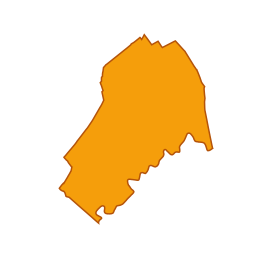 Vladesti, Galati, Romania (Mercator projection), rotated 54°
{"feature_id": "2599482B37286329555394", "entity_name": "Vladesti", "entity_type": "district", "adm_level": 2, "iso_a3": "ROU", "parent_name": "Romania", "parent_adm1": "Galati", "projection": "mercator", "projection_center": [28.094, 45.834], "detail": "fine", "context": "isolated", "style": "filled", "palette": "amber", "viewbox_px": 256, "rotation_deg": 54, "n_neighbors": 0, "source": "geoboundaries", "source_scale": "gbopen_adm2", "svg_char_len": 5212}
<svg xmlns="http://www.w3.org/2000/svg" viewBox="0 0 256 256"><g transform="rotate(54 128 128)"><path d="M187.6,207.7L187.4,207.6L187.1,207.3L186.8,207.0L186.2,206.1L186.0,205.7L185.9,205.2L185.8,204.7L185.8,204.0L185.7,202.9L185.5,202.4L184.9,202.2L184.4,202.3L183.4,202.7L182.5,203.2L181.6,203.6L180.6,204.1L179.5,204.4L178.2,204.2L177.5,203.6L177.2,203.2L176.9,202.7L176.5,201.9L176.4,201.2L176.1,200.1L175.9,199.0L175.8,198.0L175.6,196.9L175.6,195.8L175.7,195.3L176.0,194.3L176.4,193.9L176.8,193.6L177.3,193.4L177.8,193.3L178.3,193.5L179.2,194.0L180.0,194.7L180.7,195.4L181.5,196.1L182.0,196.3L182.5,196.5L183.0,196.5L183.5,196.4L184.0,196.2L184.4,195.9L185.2,195.2L185.8,194.4L186.8,193.1L187.3,192.2L187.6,191.7L187.9,190.7L188.0,190.2L187.8,189.6L187.6,189.2L187.4,188.8L186.8,187.9L186.5,187.5L186.1,186.5L185.7,185.6L185.2,184.7L184.7,183.7L184.5,183.2L184.6,182.7L184.7,182.2L184.9,181.7L185.4,180.8L185.8,179.8L186.0,179.3L186.2,178.2L186.3,177.7L186.4,177.2L186.3,176.1L186.2,175.6L186.1,175.1L185.9,174.0L185.7,173.1L185.5,172.0L185.2,171.0L184.8,169.0L184.6,167.5L184.4,166.5L184.4,166.0L184.0,164.4L184.0,163.5L183.8,162.6L183.6,161.7L183.1,160.8L182.7,160.6L182.2,160.6L181.7,160.6L180.8,160.8L179.8,161.1L178.8,161.2L177.9,161.2L177.4,161.1L176.4,161.1L175.4,161.1L174.4,161.2L173.9,161.0L173.0,160.8L172.5,160.6L171.6,160.1L170.8,159.7L170.4,159.4L169.9,158.8L169.8,158.1L169.9,157.6L170.1,157.2L170.4,156.8L171.1,156.0L171.4,155.7L171.8,155.3L172.4,154.6L174.1,152.8L174.8,152.1L175.8,151.1L176.0,150.7L176.3,150.2L176.3,149.8L176.1,149.3L175.8,149.0L175.2,148.2L174.6,147.5L173.9,146.8L172.6,145.4L172.3,145.0L172.1,144.6L171.9,144.1L172.2,143.1L172.7,142.4L173.1,142.0L173.6,141.8L174.8,140.9L175.0,140.6L175.0,140.1L174.8,139.1L174.5,138.2L174.3,137.7L174.1,137.3L173.6,136.4L173.1,135.7L172.5,134.9L171.8,134.1L171.3,133.3L171.3,132.4L171.7,131.5L172.5,130.8L172.9,130.6L173.7,130.1L174.6,129.6L174.9,129.3L175.4,128.9L175.6,128.4L175.7,127.9L175.8,127.4L175.8,126.3L175.6,125.8L175.0,124.4L174.7,124.0L174.3,123.6L173.7,122.9L173.0,122.0L172.8,121.6L172.6,121.0L172.4,120.0L172.2,119.0L172.0,117.9L171.9,117.4L171.7,116.5L171.5,116.0L171.3,115.6L170.9,115.1L170.3,114.4L169.8,114.1L169.3,113.9L168.9,113.7L168.4,113.5L167.6,112.8L167.0,111.7L167.0,111.3L167.1,110.8L167.4,110.4L167.8,110.2L168.4,110.0L169.4,110.0L171.4,109.6L173.5,109.3L174.9,108.8L175.3,108.4L175.6,108.0L175.8,107.5L175.8,106.5L175.7,106.0L175.6,105.5L175.4,104.5L175.6,103.5L175.8,103.0L176.1,102.6L176.8,101.8L177.5,101.0L177.7,100.5L177.5,100.1L177.1,99.7L176.7,99.4L175.8,98.8L174.9,98.3L174.0,97.8L173.6,97.5L173.0,96.5L172.6,95.6L172.1,93.5L171.7,91.6L171.6,91.2L171.3,90.3L171.0,89.6L170.5,88.7L170.0,87.8L169.3,86.6L168.6,85.5L168.1,84.6L167.6,83.8L167.5,83.3L167.5,82.8L167.6,82.3L167.9,81.8L168.2,81.4L168.7,81.1L169.4,80.8L170.3,80.7L171.4,80.6L172.1,80.6L173.1,80.6L174.1,80.7L175.0,80.9L175.9,81.2L177.2,81.4L177.6,81.5L178.0,81.4L178.5,81.2L179.0,80.9L179.5,80.4L180.0,79.9L180.5,79.3L180.9,79.1L181.7,78.0L182.4,77.3L183.0,76.6L183.7,76.0L184.1,75.7L184.7,75.4L185.2,75.2L185.8,75.2L186.5,75.2L187.2,75.3L187.7,75.4L188.2,75.6L188.6,75.7L189.1,75.8L189.8,76.1L190.4,76.3L190.8,76.4L191.8,76.8L192.8,76.9L193.2,76.8L193.5,76.4L193.7,75.9L193.9,75.5L194.1,75.0L194.1,74.5L194.2,73.6L194.2,72.6L194.2,71.4L193.8,71.4L193.0,71.0L191.1,70.2L182.5,66.3L174.2,62.5L167.4,59.3L158.7,55.3L156.8,54.1L151.8,50.7L149.2,48.3L147.6,47.4L146.0,46.5L142.2,44.2L140.3,42.9L139.6,41.7L135.8,41.7L134.1,41.6L130.5,40.5L130.0,40.3L128.4,39.9L125.4,39.1L122.9,38.5L121.8,38.3L121.3,38.1L121.2,38.3L120.9,38.3L117.6,38.2L116.8,38.2L100.8,37.0L100.1,36.9L99.0,36.9L98.0,37.1L94.3,37.5L91.3,37.8L87.9,38.2L86.2,38.4L85.4,38.5L85.3,38.9L85.1,40.0L84.6,43.3L83.1,52.9L80.9,53.0L79.9,52.9L77.7,52.8L75.5,52.7L74.6,59.9L69.2,59.9L66.6,59.9L62.1,60.0L63.2,62.2L64.4,64.9L63.5,64.9L63.0,65.0L62.3,65.0L61.8,65.1L61.9,66.6L62.0,67.8L62.0,68.4L62.1,70.0L62.2,72.9L62.1,74.0L61.9,75.7L62.0,76.3L62.3,76.8L62.4,77.2L62.7,81.6L62.9,85.9L63.9,107.4L63.9,109.1L64.1,109.5L64.7,112.3L66.8,114.3L67.3,114.7L68.1,115.7L69.0,116.6L70.1,117.5L71.2,118.3L71.4,119.6L72.0,120.0L72.5,120.5L72.8,120.7L74.6,122.0L75.0,123.8L75.5,123.9L76.3,124.2L77.0,124.3L77.8,124.5L82.1,125.9L83.1,126.2L83.4,127.8L84.9,128.5L91.3,131.3L93.4,135.2L94.2,136.9L94.9,138.6L101.0,152.3L104.1,160.8L104.7,163.1L107.7,173.2L108.8,177.1L109.1,177.7L110.1,180.9L111.4,186.1L111.5,186.5L111.7,187.4L112.9,192.2L113.3,193.6L113.4,194.2L113.5,194.3L114.0,197.0L115.3,197.0L116.4,196.8L117.8,196.7L118.2,196.6L118.5,196.4L119.2,196.3L119.4,196.4L119.8,196.3L120.7,196.6L126.5,196.5L126.6,196.4L129.2,199.2L130.2,201.3L130.9,202.8L131.8,204.9L132.3,205.9L132.7,206.9L133.9,209.7L135.1,212.6L134.7,212.7L135.2,215.1L135.3,215.5L136.4,219.0L137.9,219.0L139.0,218.7L139.5,218.5L140.4,218.0L141.4,217.3L141.4,217.2L141.7,217.1L141.9,217.1L142.0,217.1L142.4,217.1L142.5,217.1L143.0,217.1L143.3,217.2L143.6,217.2L144.0,217.3L146.5,218.2L146.8,218.3L147.3,218.1L148.9,216.8L149.4,216.4L150.1,216.2L161.0,213.8L170.1,211.7L172.3,211.2L179.7,209.5L180.8,209.3L184.8,208.4L186.0,208.1L186.6,208.0L186.9,207.9L187.6,207.7Z" fill="#f59e0b" stroke="#b45309" stroke-width="1.5"/></g></svg>